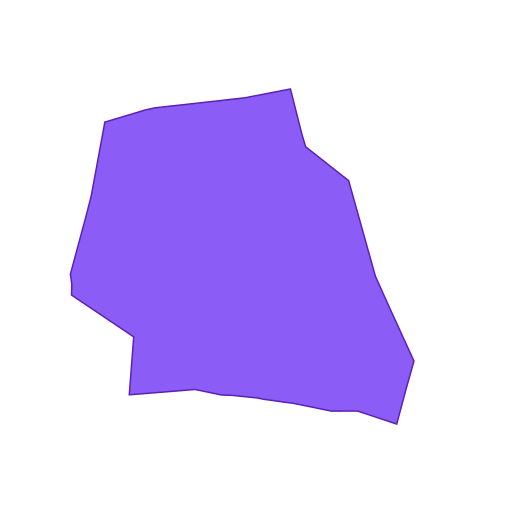 O'ndorshil, Dundgovi, Mongolia, rotated 107°
{"feature_id": "93677404B66675280526983", "entity_name": "O'ndorshil", "entity_type": "district", "adm_level": 2, "iso_a3": "MNG", "parent_name": "Mongolia", "parent_adm1": "Dundgovi", "projection": "mercator", "projection_center": [108.243, 45.268], "detail": "fine", "context": "isolated", "style": "filled", "palette": "violet", "viewbox_px": 512, "rotation_deg": 107, "n_neighbors": 0, "source": "geoboundaries", "source_scale": "gbopen_adm2", "svg_char_len": 575}
<svg xmlns="http://www.w3.org/2000/svg" viewBox="0 0 512 512"><g transform="rotate(107 256 256)"><path d="M374.6,113.6L375.6,72.3L338.4,73.6L310.3,74.2L267.4,112.3L240.6,135.8L156.9,189.4L137.0,240.5L125.5,248.1L86.2,271.9L108.0,313.0L129.2,362.0L131.6,367.5L143.8,395.9L148.6,404.4L172.1,439.7L247.0,431.1L267.4,430.2L327.4,428.2L337.1,423.8L347.3,421.0L369.1,349.3L425.8,336.6L401.5,275.4L399.0,248.3L396.3,238.2L391.4,213.4L390.8,206.9L389.4,198.3L388.7,193.9L387.6,186.7L386.0,177.4L382.3,138.6L374.6,113.6Z" fill="#8b5cf6" stroke="#5b21b6" stroke-width="1.5"/></g></svg>